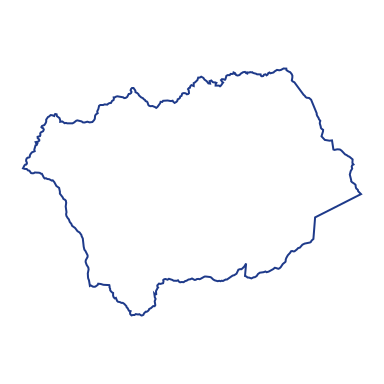 outline of Figueirão, Mato Grosso do Sul, Brazil
{"feature_id": "56859067B26103695718582", "entity_name": "Figueirão", "entity_type": "district", "adm_level": 2, "iso_a3": "BRA", "parent_name": "Brazil", "parent_adm1": "Mato Grosso do Sul", "projection": "robinson", "projection_center": [-53.923, -18.769], "detail": "fine", "context": "isolated", "style": "outline", "palette": "blue", "viewbox_px": 384, "rotation_deg": 0, "n_neighbors": 0, "source": "geoboundaries", "source_scale": "gbopen_adm2", "svg_char_len": 5840}
<svg xmlns="http://www.w3.org/2000/svg" viewBox="0 0 384 384"><path d="M124.2,98.1L123.1,97.3L117.4,96.3L116.1,96.6L115.0,97.3L113.7,97.4L113.9,98.8L113.5,100.1L112.1,100.9L110.9,103.0L109.5,103.1L108.4,103.6L107.3,104.6L104.5,104.4L103.2,105.0L100.3,105.0L99.1,105.8L98.3,109.2L97.5,110.7L97.2,111.9L97.7,113.2L95.8,114.5L95.1,115.8L94.8,118.8L94.1,120.1L92.4,122.0L89.7,122.4L87.3,121.7L84.6,122.5L82.9,122.4L81.6,121.4L77.4,120.4L76.3,120.7L73.9,122.6L72.6,123.3L67.1,123.3L66.0,122.9L64.6,123.2L62.4,121.5L60.2,121.8L60.3,120.6L59.5,118.1L56.9,116.1L56.6,114.3L55.2,114.0L54.5,115.0L54.2,116.0L52.0,115.2L50.6,115.1L49.1,116.5L48.0,117.0L46.2,119.6L46.2,121.7L45.6,123.2L44.4,125.0L42.0,126.0L41.4,127.1L42.2,127.9L43.2,128.2L43.8,129.6L43.1,131.2L40.7,132.5L40.2,133.6L40.4,135.0L40.0,136.1L37.6,136.8L37.7,138.2L39.2,139.5L39.3,140.6L38.1,141.6L35.6,142.1L36.1,143.3L37.3,143.6L36.7,145.0L35.5,145.4L34.3,149.6L34.7,151.2L32.0,152.3L30.7,153.8L29.9,155.3L29.8,156.8L28.8,157.6L27.8,157.6L26.7,158.4L26.2,159.7L26.1,161.0L26.8,162.4L26.9,163.6L26.3,164.5L25.4,164.5L24.4,165.5L23.0,168.3L24.7,168.9L26.7,169.0L28.0,170.4L29.4,170.7L31.0,173.0L32.1,173.3L33.7,173.2L34.8,172.5L38.6,172.7L39.9,172.9L40.7,173.6L41.9,173.8L43.9,177.7L44.8,178.5L45.9,178.2L47.3,179.0L49.2,179.2L51.8,180.6L52.7,180.3L54.3,182.1L56.4,186.0L59.1,187.9L59.9,191.6L59.9,193.7L62.6,197.2L63.5,199.0L64.9,199.7L65.8,200.6L66.2,202.8L65.7,206.5L66.5,212.2L66.1,214.1L66.4,215.9L67.8,218.2L68.8,219.3L69.8,222.0L71.3,223.8L72.1,225.8L75.1,228.0L77.5,231.2L79.6,232.5L81.4,235.0L81.6,236.1L82.8,238.5L83.7,246.7L84.4,249.7L85.4,250.9L87.6,255.3L87.6,256.9L85.8,260.2L85.6,261.9L86.6,264.8L88.3,267.5L88.6,269.4L87.8,273.4L88.0,277.0L88.2,278.4L89.0,280.4L89.9,285.9L90.8,285.4L92.8,286.6L94.1,286.8L95.4,286.6L97.7,284.9L98.2,283.7L100.8,284.0L103.4,284.8L109.3,285.1L109.6,286.3L109.5,287.4L110.1,288.6L110.2,290.2L111.0,291.4L112.2,292.5L113.1,292.9L113.1,295.7L113.7,297.3L114.8,298.4L115.9,297.9L117.1,300.9L117.9,301.7L120.2,302.2L121.4,302.9L122.8,302.9L124.3,303.9L126.4,306.2L126.7,307.4L127.6,308.1L128.9,310.7L130.6,311.2L130.0,312.7L130.3,314.2L131.5,315.4L133.0,315.0L134.5,315.0L135.7,314.1L138.2,314.5L139.3,314.2L141.4,315.5L142.5,315.3L143.4,314.8L144.0,313.4L145.7,311.7L146.6,311.8L147.8,311.1L148.7,310.2L149.2,309.0L151.0,308.1L153.2,306.1L154.6,306.2L155.3,305.1L154.7,301.2L155.6,298.9L154.8,297.3L154.3,293.6L155.2,294.6L156.2,294.2L156.0,291.4L156.3,290.3L157.0,289.4L157.3,288.3L158.1,287.6L157.4,286.5L157.3,285.4L159.0,283.6L160.4,283.9L163.1,283.2L163.5,281.5L163.2,280.1L164.1,279.3L165.4,279.0L167.6,279.7L168.9,278.8L172.3,279.9L173.6,280.7L176.7,280.8L178.0,280.3L178.8,281.5L180.1,282.3L181.8,282.0L183.6,282.2L185.1,281.1L186.6,280.7L188.5,279.5L190.2,279.3L192.0,278.5L194.5,279.9L195.7,279.8L196.8,279.1L198.3,278.9L199.5,279.2L200.4,278.9L204.5,276.6L205.6,276.5L210.0,277.0L211.2,277.5L213.0,279.3L214.6,280.3L217.8,281.2L219.2,280.8L220.6,281.2L221.7,280.7L222.9,281.0L225.7,279.5L227.0,279.5L232.6,275.6L234.2,275.2L236.5,273.7L238.4,269.7L240.2,269.1L241.1,269.3L242.0,268.8L244.3,266.5L246.1,263.5L245.0,276.0L246.4,276.5L247.5,277.5L249.1,277.6L251.4,278.4L253.6,277.3L254.8,277.2L256.6,276.1L258.0,274.0L259.8,272.7L263.5,272.2L265.5,271.5L266.6,272.2L268.7,271.6L273.4,269.0L274.7,267.8L275.6,267.9L278.3,268.8L279.5,268.3L280.7,267.2L282.8,264.0L285.4,261.9L285.7,260.9L285.7,259.7L286.3,258.0L287.8,255.3L290.2,252.7L291.0,251.3L292.1,251.0L293.4,251.4L294.5,251.3L296.8,249.5L298.1,248.1L299.9,247.6L302.4,244.7L304.6,243.6L310.0,242.5L310.9,241.9L311.6,240.6L313.4,239.0L315.1,217.4L361.0,194.1L358.2,191.3L357.8,189.8L356.2,188.4L355.7,186.8L355.6,185.0L354.7,184.0L351.9,182.1L351.2,181.3L351.2,180.2L349.8,174.6L350.7,171.1L352.2,168.6L351.7,166.7L352.2,165.2L353.5,164.5L352.4,163.0L352.6,159.4L349.4,156.7L348.3,156.3L346.5,155.0L345.1,154.4L341.5,150.6L339.9,149.5L337.3,149.3L334.5,149.9L333.4,149.5L332.0,140.4L329.5,140.7L324.8,139.9L321.5,136.3L323.0,131.4L323.1,129.8L321.7,128.9L320.9,127.9L320.7,126.4L319.8,123.5L319.9,122.0L320.3,120.9L318.9,119.1L318.5,117.8L317.4,116.2L316.7,114.5L316.7,113.3L311.1,99.7L309.1,98.0L306.6,97.7L305.6,97.0L304.7,95.7L303.6,94.8L294.4,82.3L292.5,81.3L291.8,80.4L292.3,77.9L292.4,75.7L291.7,74.1L290.2,72.2L288.5,71.5L286.5,70.2L286.3,68.6L283.5,68.5L281.0,69.9L279.4,70.3L277.0,69.9L274.6,71.4L273.5,72.5L270.3,73.3L269.5,72.5L268.3,73.1L267.6,74.6L266.6,75.3L265.6,74.3L264.0,74.7L263.2,76.0L261.9,76.3L260.9,75.7L260.6,74.4L257.0,74.3L256.0,73.7L253.2,73.0L252.2,72.2L251.2,72.4L250.2,72.1L248.9,72.6L247.3,72.4L247.2,73.5L246.1,73.1L245.0,71.9L243.1,72.2L240.7,73.7L240.0,74.6L239.0,75.2L237.6,75.5L236.2,75.1L235.0,73.1L233.9,72.6L234.0,73.7L233.0,73.4L232.2,74.0L230.6,73.9L229.7,75.1L227.7,75.1L226.4,75.8L225.5,79.0L224.9,79.8L223.6,79.3L221.9,79.2L221.0,80.1L222.3,82.0L223.1,82.5L220.9,85.6L220.0,86.3L219.0,85.6L215.6,85.6L215.7,84.0L216.4,82.9L215.2,82.4L213.9,82.4L212.7,82.1L211.3,80.5L209.6,81.1L210.1,83.6L208.4,83.4L206.7,81.2L204.4,79.5L203.4,77.9L201.2,76.7L199.7,77.6L198.2,77.6L197.4,80.1L195.1,82.3L193.7,83.1L193.7,86.0L191.4,85.1L190.2,86.4L190.0,87.7L188.8,88.1L188.0,89.1L188.7,90.3L189.0,93.1L188.2,94.0L186.9,94.3L185.8,93.4L184.6,93.1L183.3,93.1L182.2,93.6L181.5,95.9L180.2,96.5L179.9,97.9L178.9,98.8L177.7,99.3L177.4,100.7L176.4,101.9L174.6,102.9L173.4,101.9L172.6,100.7L171.0,101.1L167.6,100.5L163.1,100.8L162.3,101.9L160.6,101.8L160.1,103.3L157.3,107.1L156.2,107.9L155.1,107.1L152.4,106.0L150.6,106.2L149.2,105.8L148.3,104.9L147.5,102.3L146.8,101.5L145.6,101.1L144.9,99.9L143.7,99.2L143.1,98.3L141.1,97.3L139.0,95.4L138.4,94.1L137.0,92.9L135.5,92.2L135.3,90.5L133.5,88.0L132.0,88.0L131.0,89.1L130.6,90.3L131.5,91.9L131.1,93.0L130.0,93.8L128.7,94.0L127.2,96.9L125.7,97.9L124.2,98.1Z" fill="none" stroke="#1e3a8a" stroke-width="2"/></svg>